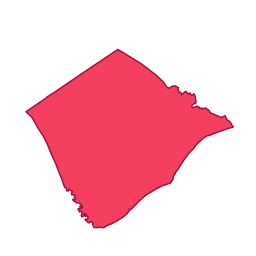 outline of Central Badibu, North Bank, Gambia, rotated 326°
{"feature_id": "56634734B73613655778936", "entity_name": "Central Badibu", "entity_type": "district", "adm_level": 2, "iso_a3": "GMB", "parent_name": "Gambia", "parent_adm1": "North Bank", "projection": "orthographic", "projection_center": [-15.935, 13.52], "detail": "fine", "context": "isolated", "style": "filled", "palette": "rose", "viewbox_px": 256, "rotation_deg": 326, "n_neighbors": 0, "source": "geoboundaries", "source_scale": "gbopen_adm2", "svg_char_len": 3079}
<svg xmlns="http://www.w3.org/2000/svg" viewBox="0 0 256 256"><g transform="rotate(326 128 128)"><path d="M163.5,57.2L154.0,57.2L151.6,57.2L148.6,57.2L135.9,57.1L135.4,57.1L126.8,57.1L119.3,57.1L98.4,57.2L97.1,57.2L90.5,57.3L85.0,57.2L78.4,57.0L78.4,57.4L69.5,57.4L67.6,57.4L53.9,57.5L52.6,57.5L54.2,64.7L54.2,67.0L54.2,68.4L53.3,78.6L53.3,79.2L53.2,87.1L52.4,94.8L51.5,99.1L50.1,105.7L49.9,106.6L48.3,116.4L48.0,117.8L47.9,118.0L45.9,126.7L45.2,130.3L44.9,132.1L44.6,133.3L44.2,134.7L42.8,139.6L42.4,141.9L43.5,143.7L42.4,145.1L42.1,145.7L43.3,146.8L45.1,146.2L45.5,147.5L46.5,149.3L46.1,149.6L44.6,150.7L44.0,151.6L45.2,153.0L46.0,153.4L46.2,153.9L46.3,154.2L45.8,154.8L44.5,155.6L45.0,156.8L45.0,157.5L44.1,157.8L43.8,157.7L42.8,156.6L42.4,156.4L42.4,157.0L42.0,157.3L43.4,161.3L45.3,162.5L46.0,163.2L45.6,164.6L46.3,165.3L46.4,165.5L46.6,166.0L46.2,166.7L45.1,166.4L44.1,166.1L44.0,166.4L44.2,167.4L45.3,167.4L46.0,167.7L46.0,168.2L45.2,168.5L43.1,168.2L42.3,167.3L41.8,167.0L41.2,167.5L40.9,170.4L41.4,170.4L42.1,170.4L42.7,171.0L42.5,172.0L41.6,173.5L40.4,174.3L40.0,175.7L40.7,176.0L42.3,176.1L43.9,174.5L44.5,174.9L44.7,176.0L43.3,177.1L43.3,177.4L44.0,177.5L44.7,177.9L45.1,178.9L44.8,179.6L44.2,180.4L43.2,180.7L41.7,179.9L41.3,179.9L41.3,180.8L41.8,182.5L42.2,184.4L42.5,184.7L44.6,185.0L45.8,185.8L46.0,186.0L44.6,189.1L44.1,190.9L44.9,192.1L46.8,193.4L48.5,194.2L50.1,195.4L51.9,196.8L52.6,197.1L52.9,197.1L53.3,197.1L54.6,197.2L55.2,196.8L56.2,197.2L58.3,197.6L58.7,197.2L59.9,198.2L60.6,198.2L65.7,198.7L66.8,198.8L68.5,199.0L69.0,198.8L69.3,198.8L70.0,198.7L70.5,199.0L74.5,199.0L79.1,198.5L80.0,198.1L80.9,197.7L82.2,197.7L82.7,197.5L82.9,197.3L83.2,196.7L83.3,196.3L83.8,196.8L86.4,197.1L87.3,196.7L88.3,196.7L88.9,196.1L90.1,196.1L91.1,196.1L91.5,195.8L92.4,195.7L93.7,195.3L96.1,194.9L98.9,194.4L99.5,194.4L100.1,193.9L100.4,194.0L101.5,194.1L106.2,193.6L118.2,194.4L124.7,195.2L128.0,196.2L132.4,197.4L136.5,195.7L138.7,193.4L141.7,192.2L142.5,191.6L143.0,191.1L144.6,190.8L146.0,190.6L146.7,189.6L147.8,189.6L148.2,189.2L149.3,188.8L152.5,187.5L155.5,186.2L157.8,185.3L161.3,184.1L162.9,183.4L167.7,182.2L170.6,181.8L173.7,180.5L177.2,179.7L181.6,178.9L185.8,178.7L187.0,178.6L188.1,178.6L189.2,178.8L192.0,179.8L196.3,180.6L200.0,181.6L208.0,183.7L210.9,184.4L214.7,185.8L216.0,185.8L215.7,184.9L216.0,182.2L216.0,179.2L214.9,177.6L214.9,175.7L214.9,174.3L215.4,172.2L212.7,171.6L211.4,171.6L204.3,160.8L205.1,159.7L205.1,158.9L203.2,154.6L201.0,154.1L200.6,153.1L198.6,152.1L198.9,151.1L197.6,148.7L194.2,147.7L192.9,147.4L192.8,146.0L193.9,145.0L195.5,144.6L197.9,145.3L199.6,143.6L199.9,142.3L200.6,140.9L201.6,138.5L201.6,136.9L201.6,136.5L198.9,136.5L198.9,133.5L196.8,133.5L196.5,130.1L195.5,129.8L191.5,130.4L191.5,127.9L190.3,127.0L191.5,123.2L192.3,122.8L190.6,119.4L188.1,118.1L184.8,118.2L183.1,116.5L183.0,109.3L182.6,107.5L181.2,101.5L180.9,100.0L180.6,99.1L179.0,94.4L177.8,90.6L175.1,82.8L175.0,82.4L174.2,80.6L172.6,77.1L172.2,76.3L171.5,74.7L166.5,63.7L165.9,62.4L163.5,57.2Z" fill="#f43f5e" stroke="#9f1239" stroke-width="1.5"/></g></svg>